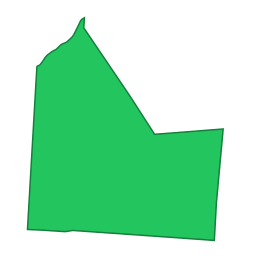 the district of Ralls, Missouri, United States of America, rotated 273°
{"feature_id": "52423323B19390518070965", "entity_name": "Ralls", "entity_type": "district", "adm_level": 2, "iso_a3": "USA", "parent_name": "United States of America", "parent_adm1": "Missouri", "projection": "mercator", "projection_center": [-91.377, 39.503], "detail": "fine", "context": "isolated", "style": "filled", "palette": "green", "viewbox_px": 256, "rotation_deg": 273, "n_neighbors": 0, "source": "geoboundaries", "source_scale": "gbopen_adm2", "svg_char_len": 501}
<svg xmlns="http://www.w3.org/2000/svg" viewBox="0 0 256 256"><g transform="rotate(273 128 128)"><path d="M132.0,223.1L123.1,154.9L160.1,128.2L225.7,78.6L235.8,78.7L234.2,76.3L232.7,75.1L220.4,69.9L217.7,68.6L215.3,66.9L210.6,62.2L209.7,60.6L208.7,58.4L207.6,56.6L202.9,52.3L200.4,48.2L196.7,43.7L193.8,41.4L189.6,39.0L186.2,36.5L185.0,34.2L184.5,33.8L21.4,32.9L21.5,47.9L21.2,70.6L22.8,78.2L20.4,212.6L20.2,220.1L57.9,220.2L132.0,223.1Z" fill="#22c55e" stroke="#15803d" stroke-width="1.5"/></g></svg>